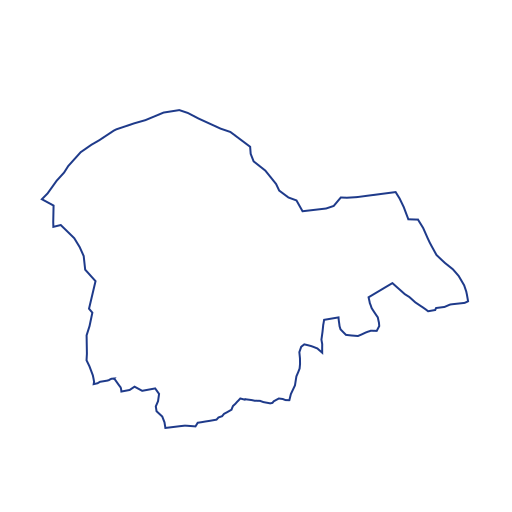 Turkmenbasy, Balkan, Turkmenistan, rotated 350°
{"feature_id": "10190150B25855408224134", "entity_name": "Turkmenbasy", "entity_type": "district", "adm_level": 2, "iso_a3": "TKM", "parent_name": "Turkmenistan", "parent_adm1": "Balkan", "projection": "albers", "projection_center": [54.807, 40.968], "detail": "fine", "context": "isolated", "style": "outline", "palette": "blue", "viewbox_px": 512, "rotation_deg": 350, "n_neighbors": 0, "source": "geoboundaries", "source_scale": "gbopen_adm2", "svg_char_len": 3300}
<svg xmlns="http://www.w3.org/2000/svg" viewBox="0 0 512 512"><g transform="rotate(350 256 256)"><path d="M73.9,354.0L77.9,353.8L80.5,352.8L88.1,352.9L88.3,352.8L89.4,352.8L89.6,352.7L91.1,352.1L92.4,351.8L93.4,351.9L94.0,351.9L95.0,352.0L94.6,352.3L95.4,352.7L96.7,355.4L98.2,358.6L99.7,361.6L99.8,361.7L100.0,362.8L100.0,364.5L99.9,366.1L108.3,366.0L113.7,363.6L120.5,369.0L133.7,368.9L136.6,375.0L134.3,382.0L131.2,386.7L131.1,391.6L135.8,397.8L137.0,403.9L136.9,409.6L140.4,409.8L151.8,410.4L156.3,410.7L158.2,411.1L166.8,413.3L169.4,410.4L169.6,410.1L173.6,410.2L177.5,410.2L181.7,410.3L186.1,410.3L188.7,410.3L190.9,408.6L191.0,408.5L194.0,408.0L194.8,407.9L195.8,407.0L197.1,405.9L198.0,405.6L200.2,404.9L205.2,403.1L206.0,401.7L207.3,399.7L210.0,398.0L211.1,397.1L212.5,396.0L213.3,395.5L215.8,393.6L219.5,395.3L219.5,395.2L220.6,395.1L221.2,395.4L224.4,396.4L226.9,397.2L228.1,397.7L229.8,398.4L230.7,398.5L234.0,399.2L234.7,399.3L234.9,399.4L237.8,401.1L239.9,401.9L242.9,403.0L244.4,403.6L246.7,403.5L247.6,402.7L248.3,402.1L248.7,402.0L251.0,401.2L253.8,400.3L254.0,400.4L256.0,401.0L257.6,401.5L258.0,401.8L260.0,403.0L263.7,403.8L263.8,403.8L266.2,398.4L266.5,397.8L266.8,397.4L271.9,390.2L274.3,383.2L274.8,381.8L274.9,381.5L277.4,377.7L279.4,374.4L280.6,370.1L281.5,364.6L282.0,358.2L282.9,356.6L284.5,353.7L284.7,353.3L285.4,352.9L288.2,351.4L291.7,352.9L294.7,354.3L296.8,355.5L299.7,357.3L300.4,357.7L301.3,358.9L302.7,360.6L304.4,362.7L305.2,358.0L305.9,354.3L305.9,351.9L305.9,349.9L305.9,349.7L306.5,347.9L308.3,342.3L310.0,336.4L310.2,335.6L310.6,334.6L312.0,330.7L326.6,330.8L326.4,332.7L326.3,334.4L326.3,334.5L326.2,337.6L326.1,339.7L326.5,342.9L328.6,346.0L330.9,349.3L336.0,350.8L342.5,352.5L346.4,351.6L350.8,350.4L352.9,350.0L355.2,349.7L356.0,349.5L361.9,350.7L365.2,346.4L365.5,343.0L365.4,341.0L365.3,338.0L365.3,337.6L364.1,335.0L363.4,333.4L362.6,331.6L361.7,329.5L361.3,328.5L360.9,327.6L360.7,326.5L360.6,326.0L360.5,325.1L360.3,324.0L359.9,322.2L359.9,320.8L359.8,318.5L359.7,316.2L377.6,309.4L385.6,306.4L385.7,306.5L395.9,319.4L399.2,322.4L399.7,322.8L401.7,325.3L404.8,329.3L407.1,331.5L410.1,334.4L411.0,335.2L412.3,336.5L413.9,338.1L415.9,340.3L416.0,340.3L422.9,340.3L423.1,340.3L424.2,338.6L424.3,338.5L432.8,338.9L438.3,337.6L438.6,337.6L439.0,337.5L441.2,337.6L453.3,338.4L454.9,338.0L456.8,337.5L457.0,337.4L457.0,337.2L457.0,330.5L456.9,328.0L456.9,327.6L455.9,321.0L452.1,310.8L447.6,303.3L440.9,295.7L438.1,292.0L433.9,286.3L430.5,276.3L429.4,272.9L428.1,268.1L425.5,257.5L424.2,254.2L421.8,248.2L421.4,248.2L412.4,246.3L412.4,246.2L411.4,241.0L410.0,233.5L407.4,224.3L404.6,217.3L365.3,215.5L355.6,214.4L349.7,213.1L341.2,220.2L333.3,221.4L309.6,220.0L305.5,208.3L298.1,204.0L290.2,195.6L288.3,188.6L280.0,173.5L270.1,162.4L268.5,154.5L269.2,147.4L252.3,129.4L243.2,124.4L223.2,110.6L213.7,103.3L205.8,99.0L189.9,98.7L170.7,103.0L159.1,104.2L140.5,107.0L137.8,107.8L127.4,112.3L121.7,114.8L113.4,117.8L101.4,123.3L86.7,134.8L81.5,140.5L72.8,147.2L61.6,158.2L55.0,162.9L65.4,171.2L62.2,187.4L61.5,192.1L69.1,191.6L80.1,206.9L83.9,216.6L86.3,226.1L85.4,239.8L93.6,252.9L82.4,278.9L85.0,283.4L79.9,296.1L75.4,304.7L72.5,322.9L71.0,329.3L72.8,335.6L74.6,345.2L74.7,348.7L74.7,351.7L73.9,354.0Z" fill="none" stroke="#1e3a8a" stroke-width="2"/></g></svg>